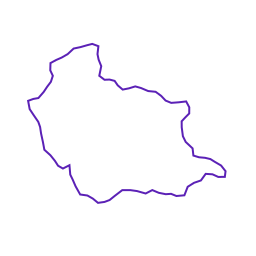 Cachoeira da Prata, Minas Gerais, Brazil, rotated 8°
{"feature_id": "56859067B45103194459434", "entity_name": "Cachoeira da Prata", "entity_type": "district", "adm_level": 2, "iso_a3": "BRA", "parent_name": "Brazil", "parent_adm1": "Minas Gerais", "projection": "orthographic", "projection_center": [-44.468, -19.513], "detail": "fine", "context": "isolated", "style": "outline", "palette": "violet", "viewbox_px": 256, "rotation_deg": 8, "n_neighbors": 0, "source": "geoboundaries", "source_scale": "gbopen_adm2", "svg_char_len": 1184}
<svg xmlns="http://www.w3.org/2000/svg" viewBox="0 0 256 256"><g transform="rotate(8 128 128)"><path d="M160.7,186.1L167.5,187.9L174.6,188.3L179.8,187.2L185.4,188.6L193.2,186.8L195.3,177.9L201.0,173.1L207.5,169.8L211.3,162.6L218.1,162.1L224.2,163.9L230.7,162.9L230.6,157.2L225.4,152.2L218.6,149.4L213.9,147.3L208.4,146.8L202.4,147.1L196.6,146.2L194.8,139.2L187.1,133.8L183.5,128.5L181.1,119.8L180.2,113.9L183.3,109.5L186.6,105.1L185.8,99.0L181.9,93.6L174.6,95.5L167.3,97.1L161.4,95.6L156.4,91.6L150.3,88.3L142.8,88.6L135.3,86.6L129.4,85.8L123.4,88.6L117.4,90.7L111.9,87.2L108.2,83.2L103.0,82.6L98.0,83.5L92.3,80.3L92.9,70.5L89.4,64.4L87.5,59.1L87.3,51.1L80.9,49.7L76.0,51.7L69.7,54.5L63.1,56.9L58.0,63.2L52.5,67.5L47.3,70.7L42.2,74.5L43.0,81.7L46.3,86.8L45.2,93.0L42.2,98.4L39.5,104.0L35.1,110.8L30.2,112.4L25.3,115.0L28.0,123.0L32.9,128.5L38.3,134.4L40.8,139.2L42.7,145.6L45.8,154.0L48.2,161.2L55.0,165.8L60.2,170.7L64.0,175.1L69.2,177.2L75.2,173.0L77.3,182.2L80.4,186.8L84.2,193.0L89.9,200.5L97.2,200.5L103.0,202.8L108.7,206.3L115.0,204.5L119.8,201.9L124.4,197.0L131.0,190.3L138.9,189.2L145.7,189.2L154.6,190.4L160.7,186.1Z" fill="none" stroke="#5b21b6" stroke-width="2"/></g></svg>